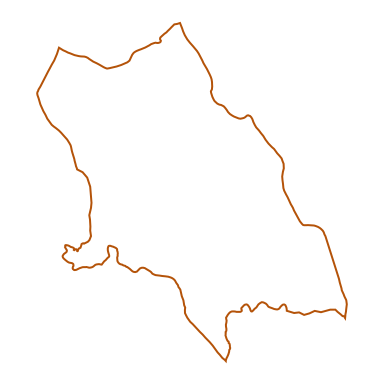 outline of Phine, Savannakhét, Laos
{"feature_id": "54806243B87203647312357", "entity_name": "Phine", "entity_type": "district", "adm_level": 2, "iso_a3": "LAO", "parent_name": "Laos", "parent_adm1": "Savannakhét", "projection": "albers", "projection_center": [105.988, 16.434], "detail": "fine", "context": "isolated", "style": "outline", "palette": "amber", "viewbox_px": 384, "rotation_deg": 0, "n_neighbors": 0, "source": "geoboundaries", "source_scale": "gbopen_adm2", "svg_char_len": 5855}
<svg xmlns="http://www.w3.org/2000/svg" viewBox="0 0 384 384"><path d="M261.0,133.2L259.0,130.5L256.2,127.4L254.7,124.8L253.4,122.1L252.4,119.2L251.3,117.3L250.2,116.1L248.1,115.3L247.0,115.6L245.0,117.3L243.9,117.9L242.9,118.2L240.6,118.7L239.0,118.5L238.1,118.2L236.1,117.4L234.1,116.6L232.3,115.6L229.9,114.0L228.0,112.0L226.7,109.9L225.1,107.8L223.7,106.3L221.2,105.0L219.3,104.6L217.3,103.6L214.6,101.1L213.8,99.8L212.4,96.9L211.1,92.8L210.9,91.3L211.9,89.4L212.2,86.5L212.0,82.0L211.6,79.4L210.9,77.2L209.7,74.5L207.0,69.1L203.5,63.2L202.2,60.3L198.7,53.6L197.0,51.0L193.1,46.3L189.9,42.7L187.3,39.4L184.8,35.2L183.1,31.3L182.1,28.3L180.0,23.0L177.3,23.9L174.3,24.4L171.3,27.4L170.1,28.7L167.7,31.0L166.4,32.4L164.4,33.8L161.4,36.5L160.3,37.6L160.0,39.0L160.3,39.8L160.6,40.3L160.9,40.8L160.5,41.9L159.9,42.4L159.4,42.6L158.5,42.9L157.2,43.0L155.5,42.7L154.0,43.1L151.2,44.1L149.4,45.3L145.3,47.5L140.9,49.3L139.2,49.9L137.0,50.8L135.4,51.6L133.7,52.8L132.2,54.8L129.5,60.6L127.4,62.3L121.2,65.0L116.6,66.5L109.8,68.1L107.6,68.5L106.8,68.5L105.4,68.0L103.7,67.2L99.4,64.7L96.8,63.3L93.2,61.6L89.1,58.9L87.8,57.9L86.2,57.1L84.5,56.6L80.8,56.4L78.8,56.1L74.5,55.1L70.3,53.4L68.0,52.6L65.5,51.3L63.2,50.3L59.0,47.7L57.0,53.9L54.2,60.5L51.8,64.6L49.2,69.5L48.2,71.3L40.3,86.7L38.5,89.6L38.1,90.9L37.4,92.2L37.2,93.6L37.5,95.2L38.6,98.3L40.4,104.5L43.4,111.2L45.4,114.7L47.3,118.7L51.7,124.8L53.7,126.5L55.9,128.1L58.9,130.5L61.1,132.7L67.2,139.6L69.4,143.1L70.6,145.3L71.1,147.1L71.8,150.6L72.3,152.5L74.3,159.0L74.6,160.7L75.7,164.7L76.0,166.2L76.6,167.6L77.0,168.7L77.1,169.4L82.6,172.2L87.2,177.6L90.2,186.7L91.5,202.8L91.0,207.9L89.3,215.2L90.0,219.6L90.4,226.6L90.2,230.6L91.0,236.1L89.4,240.1L87.8,241.8L84.1,243.6L83.9,243.3L83.2,243.3L82.5,243.5L81.8,243.9L81.5,244.2L81.3,245.4L80.9,246.4L80.6,247.4L80.5,247.7L79.3,248.3L78.9,248.5L78.2,249.6L77.9,250.6L77.7,251.1L77.4,251.2L77.2,251.1L77.0,249.9L76.9,249.6L76.2,249.3L76.0,249.2L75.5,249.3L74.4,250.1L74.2,250.2L73.8,249.9L73.9,249.6L74.3,249.1L74.2,248.7L73.9,248.3L73.7,248.0L73.0,247.6L72.2,247.3L70.7,246.9L69.3,246.0L68.5,245.6L67.4,245.3L66.2,245.1L65.7,245.1L65.4,245.2L65.2,245.5L65.4,246.5L65.0,247.1L65.5,248.1L66.5,249.6L66.8,250.2L66.9,250.8L66.6,251.8L66.3,252.2L63.9,254.0L63.3,254.8L62.6,256.1L62.7,256.6L62.9,257.4L63.4,258.1L63.8,258.6L65.6,260.2L67.6,261.8L69.1,262.6L70.2,262.8L70.8,262.9L72.1,263.2L72.5,263.4L73.0,263.8L73.3,264.2L73.4,264.6L73.5,265.9L73.3,266.1L73.0,266.6L72.7,267.8L72.7,268.4L72.9,269.0L74.1,270.0L74.8,270.1L76.4,269.8L79.6,268.2L82.5,267.2L84.6,267.1L85.8,267.1L86.3,267.0L88.1,267.4L88.6,267.6L89.9,267.7L91.3,267.4L91.8,267.3L93.2,266.6L95.4,264.8L96.7,264.4L99.0,264.1L101.3,264.6L101.7,264.6L103.8,261.8L104.4,261.1L105.6,260.2L107.6,257.9L108.7,257.0L109.1,256.6L109.2,256.3L109.2,255.7L109.1,255.1L108.3,252.5L107.9,250.8L107.8,249.9L107.8,248.4L108.0,247.5L108.3,246.6L108.5,246.2L108.9,245.9L109.5,245.8L110.3,245.8L112.3,246.5L112.9,246.6L114.9,247.5L115.9,248.0L116.9,248.9L117.1,249.4L117.2,250.8L117.6,251.8L117.8,253.6L117.6,254.9L117.7,255.9L117.2,257.3L117.2,258.2L117.4,260.6L117.6,261.5L118.3,262.6L119.5,263.8L121.3,264.5L122.1,264.6L123.2,265.3L124.1,265.6L125.3,265.9L126.4,266.9L127.2,267.0L129.8,268.9L132.2,271.1L133.4,271.8L135.1,272.1L136.9,271.6L139.9,268.5L141.5,267.8L143.1,267.7L144.8,268.1L147.1,269.5L149.8,271.1L151.0,272.0L152.4,273.7L153.8,274.4L155.5,275.1L159.7,275.6L162.2,276.0L165.2,276.3L168.2,276.7L170.8,277.5L172.1,278.1L173.5,279.0L174.9,280.4L176.4,283.1L177.9,285.1L178.5,287.1L179.6,288.5L180.3,289.6L181.8,296.2L183.4,300.3L184.2,305.3L185.2,307.6L184.9,309.9L185.0,313.1L186.0,315.2L187.3,317.7L190.2,321.8L192.7,324.1L199.9,331.9L202.7,334.6L205.3,337.6L209.7,342.1L212.7,345.6L217.6,352.4L220.0,355.0L222.3,357.9L224.8,359.9L225.8,361.0L225.9,360.1L226.5,358.3L227.3,356.8L228.3,354.5L229.1,351.9L229.3,349.9L229.6,349.5L230.0,348.9L230.2,348.0L229.9,346.9L229.9,345.9L229.8,345.3L229.7,344.4L229.6,344.0L229.4,343.6L228.7,343.1L228.7,342.3L228.6,341.7L228.4,341.4L227.9,341.2L227.6,340.9L227.1,339.9L226.5,338.6L225.5,335.3L225.7,334.1L225.6,333.6L225.8,332.8L225.6,332.4L225.6,332.0L226.3,330.9L226.4,330.2L226.4,328.8L226.0,326.6L225.9,324.7L226.4,322.5L226.6,320.6L226.2,318.9L226.1,317.6L226.7,316.7L227.7,315.0L228.9,313.4L230.3,312.1L231.7,311.5L232.9,311.4L235.0,311.5L236.7,311.9L239.2,311.9L240.6,311.8L241.6,311.1L241.8,310.2L241.3,308.9L241.4,308.1L242.6,306.8L244.0,305.3L244.9,304.7L246.4,304.4L247.1,304.6L247.8,305.1L248.4,305.9L249.2,307.0L250.0,308.6L250.3,309.7L250.9,311.0L251.3,311.4L251.9,311.5L252.5,311.1L253.7,309.9L254.4,309.0L256.4,307.4L258.4,304.4L260.1,303.1L261.7,302.2L262.9,302.3L264.5,302.9L266.1,303.8L267.3,305.1L268.2,306.5L269.1,307.1L272.2,308.2L274.2,309.0L276.4,309.4L277.6,309.4L278.8,308.9L279.8,307.9L280.5,306.8L281.6,305.7L282.6,304.8L283.5,304.5L284.4,304.5L285.4,305.2L286.4,307.5L286.7,309.2L286.8,310.8L294.1,313.0L299.1,312.4L304.1,314.9L309.4,313.4L314.7,310.9L321.0,312.2L330.1,309.7L335.4,309.7L337.6,311.9L340.5,314.2L341.4,315.0L341.9,315.5L342.2,315.8L342.6,316.1L342.9,316.2L343.4,316.1L343.7,316.1L344.2,316.5L344.7,317.2L344.9,317.8L345.1,318.1L345.2,317.1L345.3,316.1L345.4,314.5L346.0,311.5L346.2,309.3L346.8,304.3L346.3,300.5L346.1,299.8L344.5,296.6L343.6,294.2L341.8,290.3L341.5,288.4L339.8,282.6L339.0,279.0L338.6,277.7L325.4,236.1L324.5,234.5L323.8,232.4L322.8,230.7L321.1,229.0L319.7,227.9L318.0,226.9L315.4,225.9L313.9,225.5L307.9,225.1L306.2,225.2L304.0,225.2L303.0,224.9L301.9,223.8L299.9,221.3L294.0,210.5L292.9,207.8L290.8,204.2L287.7,197.4L286.0,194.3L284.2,190.7L283.4,188.1L283.0,183.9L282.5,180.2L282.2,176.5L282.9,171.9L283.8,168.4L283.6,163.8L282.5,161.0L281.6,158.4L279.5,155.8L277.2,153.3L274.1,149.0L271.9,147.1L268.5,143.6L265.6,139.8L263.3,136.0L261.0,133.2Z" fill="none" stroke="#b45309" stroke-width="2"/></svg>